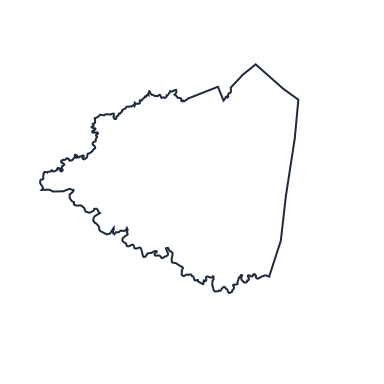 Santa Catarina Loxicha, Oaxaca, Mexico (Albers equal-area conic projection), rotated 65°
{"feature_id": "50627088B46665345239185", "entity_name": "Santa Catarina Loxicha", "entity_type": "district", "adm_level": 2, "iso_a3": "MEX", "parent_name": "Mexico", "parent_adm1": "Oaxaca", "projection": "albers", "projection_center": [-96.724, 16.067], "detail": "fine", "context": "isolated", "style": "outline", "palette": "slate", "viewbox_px": 384, "rotation_deg": 65, "n_neighbors": 0, "source": "geoboundaries", "source_scale": "gbopen_adm2", "svg_char_len": 6045}
<svg xmlns="http://www.w3.org/2000/svg" viewBox="0 0 384 384"><g transform="rotate(65 192 192)"><path d="M300.6,157.2L273.7,132.1L235.3,108.6L187.0,76.3L153.3,56.6L137.0,65.7L103.2,80.4L107.2,96.4L113.8,112.8L117.8,114.4L118.2,115.2L118.1,117.1L118.9,117.7L119.9,119.1L120.9,118.8L121.3,120.0L120.5,120.1L120.0,121.1L121.3,122.5L122.4,124.8L107.6,124.0L105.6,156.2L105.9,156.9L106.5,160.9L105.4,161.4L105.3,161.8L105.8,162.2L105.8,162.4L104.7,163.2L103.9,162.5L102.5,162.4L101.5,163.5L100.6,165.2L99.6,165.2L97.9,165.8L96.4,166.7L96.1,165.3L94.3,163.5L92.7,163.3L92.2,164.9L92.7,165.8L92.6,167.4L91.4,169.2L92.2,169.5L92.5,170.8L93.0,171.2L93.7,172.4L93.8,173.2L93.7,174.2L94.6,174.4L95.1,175.5L95.3,176.9L94.6,177.2L94.1,178.0L93.8,179.9L91.1,179.8L90.3,180.1L90.1,180.8L90.6,182.1L89.7,184.6L88.7,185.6L87.6,186.3L87.1,186.8L86.7,187.6L85.3,187.9L82.8,187.9L82.6,188.2L84.6,190.2L86.1,190.6L85.1,191.7L86.2,193.6L85.5,194.1L85.5,194.4L86.2,194.7L87.4,198.9L87.8,199.1L86.9,200.4L87.1,200.7L89.6,201.9L89.6,202.6L88.7,204.6L88.5,206.2L87.4,205.9L86.9,206.2L88.7,207.4L89.8,207.6L90.0,207.9L88.7,208.2L88.5,208.9L89.0,210.4L88.3,212.0L87.9,213.5L87.3,214.5L87.1,215.5L88.1,216.8L88.1,218.5L88.4,220.7L89.5,221.3L89.7,222.4L90.5,223.9L90.0,224.9L90.1,225.3L91.6,226.5L91.9,228.9L93.2,229.4L93.7,230.2L93.2,231.2L92.4,231.6L91.4,231.5L90.5,231.4L90.2,230.7L87.9,229.8L87.3,231.5L87.4,233.0L85.1,237.1L85.1,237.9L85.5,239.1L83.2,242.4L84.3,246.2L84.1,249.1L84.9,249.1L87.4,250.1L88.4,250.8L88.2,252.9L88.4,253.2L89.3,252.9L90.0,252.9L90.5,253.3L90.5,255.4L90.6,255.6L90.9,255.6L92.6,254.3L93.3,253.0L93.8,252.8L94.5,253.2L94.3,253.8L94.5,254.5L95.0,255.0L94.7,256.5L95.2,257.1L95.9,257.0L96.2,256.8L97.5,254.2L97.6,253.4L97.9,252.7L98.4,252.4L99.3,252.5L99.6,254.6L100.5,255.2L101.5,254.6L102.0,254.7L103.0,256.4L103.7,257.1L104.8,257.4L105.3,258.3L105.1,259.8L105.4,260.9L106.3,261.8L107.2,261.9L108.6,261.1L110.2,260.8L111.4,261.3L111.7,263.2L113.0,265.2L113.1,265.8L113.6,268.2L113.3,270.0L113.4,270.5L116.2,272.5L116.9,275.3L116.7,276.2L116.0,276.9L115.0,276.9L114.4,275.3L113.7,274.8L113.4,274.8L112.9,275.3L112.6,276.5L112.9,277.5L112.4,278.6L112.8,279.1L112.8,280.0L112.5,280.3L112.3,281.8L111.8,282.2L110.9,281.6L110.9,280.8L110.2,281.0L110.0,281.3L109.5,281.3L109.0,281.8L108.8,282.2L109.2,282.9L110.1,283.1L111.1,282.8L111.5,283.1L111.3,284.8L112.4,286.6L112.4,287.3L112.0,289.6L111.7,289.9L110.4,289.6L108.6,291.0L108.4,291.4L108.5,291.7L108.9,291.9L109.1,292.4L109.0,294.4L108.5,294.7L108.4,295.7L108.4,296.9L108.5,297.2L108.8,297.5L109.3,297.4L110.0,297.9L111.8,296.4L113.2,296.2L113.8,297.6L113.6,298.7L114.8,299.6L115.4,300.6L115.9,300.9L116.2,300.8L116.4,300.1L116.7,299.8L117.2,299.8L117.7,300.1L118.1,301.1L118.0,302.0L117.7,302.3L116.5,302.1L115.1,302.8L114.5,302.6L114.4,302.3L114.1,302.4L113.6,303.3L113.7,303.9L114.4,304.9L115.2,305.4L115.0,306.6L115.2,307.9L114.5,309.4L113.6,309.9L113.0,309.9L113.0,310.2L113.5,310.9L113.6,311.6L113.0,313.6L112.8,314.9L113.1,315.1L111.9,316.2L111.6,317.5L112.2,318.5L113.2,318.7L113.5,319.4L115.8,320.7L116.8,320.9L117.3,321.4L117.5,322.2L117.0,323.2L117.1,324.2L118.9,325.6L120.9,325.8L122.2,325.6L123.9,325.2L125.7,325.5L126.6,327.4L129.5,320.5L132.9,317.6L136.9,308.5L137.4,301.7L140.4,298.5L141.7,300.3L142.5,303.9L145.7,305.4L149.5,304.8L151.4,303.2L153.0,304.2L154.3,303.8L155.5,302.3L157.4,298.1L161.3,296.4L164.6,296.8L167.1,294.3L167.6,292.5L167.3,288.9L166.0,287.8L166.6,285.9L167.8,285.1L170.7,285.1L172.1,284.3L172.9,290.7L174.4,292.5L176.2,293.6L179.0,293.1L179.8,292.3L183.4,291.0L187.4,291.9L188.9,291.4L194.5,287.1L195.0,283.8L191.4,278.1L192.9,278.7L194.1,280.0L195.9,280.9L197.5,280.3L196.3,277.8L197.5,275.6L196.9,272.9L198.5,270.3L198.6,267.9L197.6,266.5L198.6,266.7L197.7,266.4L198.1,266.2L199.1,266.4L199.9,266.9L200.3,267.9L201.1,268.1L202.6,267.9L203.5,268.6L203.7,271.3L204.3,272.8L204.3,273.7L204.8,274.5L205.9,275.4L207.3,275.6L208.3,275.2L210.8,273.6L211.4,273.5L212.6,273.9L213.6,273.7L214.3,272.9L214.5,272.1L214.4,268.7L215.0,267.6L216.2,267.5L218.7,267.9L219.2,267.4L219.8,266.0L220.0,264.8L219.9,263.9L220.5,262.5L221.5,262.1L223.9,262.4L229.3,263.5L230.6,263.1L230.9,261.8L230.1,260.0L228.9,258.3L230.1,254.1L229.7,252.3L230.1,250.0L230.7,249.1L231.3,249.2L232.3,252.1L233.2,252.4L234.2,252.1L235.5,248.9L236.3,248.1L239.0,247.4L239.4,247.0L239.5,246.2L239.0,244.5L239.3,242.5L239.1,241.1L238.5,240.2L237.6,239.7L232.8,239.6L232.0,239.3L232.4,237.4L235.7,237.2L236.6,236.7L237.3,236.0L238.8,235.4L240.3,235.9L242.0,237.1L242.6,237.8L244.6,239.0L247.3,239.8L248.7,238.2L249.7,236.6L250.8,236.0L254.9,233.4L255.3,232.8L256.6,232.2L257.4,232.6L258.7,234.3L262.3,236.2L263.1,236.2L264.7,235.2L264.8,233.2L264.5,232.5L264.6,231.6L265.5,230.4L265.6,229.4L266.2,228.0L267.1,227.6L268.2,227.6L269.2,226.5L272.8,227.0L273.9,226.0L273.8,225.2L274.3,223.9L275.7,224.3L278.1,222.5L280.1,221.2L280.2,220.7L279.1,219.7L277.7,219.3L277.1,218.5L278.3,217.7L278.3,216.7L277.4,216.0L276.1,215.8L275.3,215.3L274.9,214.8L274.8,214.2L276.1,212.5L277.5,211.3L277.9,209.9L277.2,208.7L277.5,208.3L278.2,208.3L279.1,209.0L280.0,209.2L281.2,211.0L283.4,212.1L284.2,212.7L285.9,213.1L288.3,213.4L289.0,213.7L290.4,213.8L291.4,213.6L292.0,213.0L293.0,210.4L292.6,209.4L293.5,208.3L293.3,207.5L291.9,205.2L291.4,203.1L292.1,202.4L294.1,202.1L294.8,201.5L295.8,201.2L297.2,201.5L299.1,201.2L299.5,200.5L299.3,199.1L299.4,198.3L299.3,197.9L298.1,197.0L297.4,195.1L296.5,194.3L294.0,194.2L293.6,193.9L293.6,193.2L294.2,192.4L294.6,189.6L293.0,188.9L290.4,186.4L289.5,186.0L289.1,184.4L288.1,182.9L288.2,182.1L288.7,181.8L290.6,183.7L292.1,184.1L293.2,184.0L296.1,182.9L296.8,181.3L296.6,180.0L295.7,179.4L295.5,179.0L295.8,178.5L295.7,177.7L294.6,177.1L292.6,176.8L292.0,177.0L291.4,176.7L291.6,175.6L292.1,174.9L293.6,174.1L293.9,173.1L293.6,171.8L292.8,171.6L292.6,170.6L293.0,170.0L293.8,169.6L295.1,169.5L296.3,170.2L297.2,170.0L298.0,169.5L298.4,168.8L298.1,164.7L298.3,162.5L298.2,161.6L298.9,160.2L301.4,157.7L300.6,157.2Z" fill="none" stroke="#1e293b" stroke-width="2"/></g></svg>